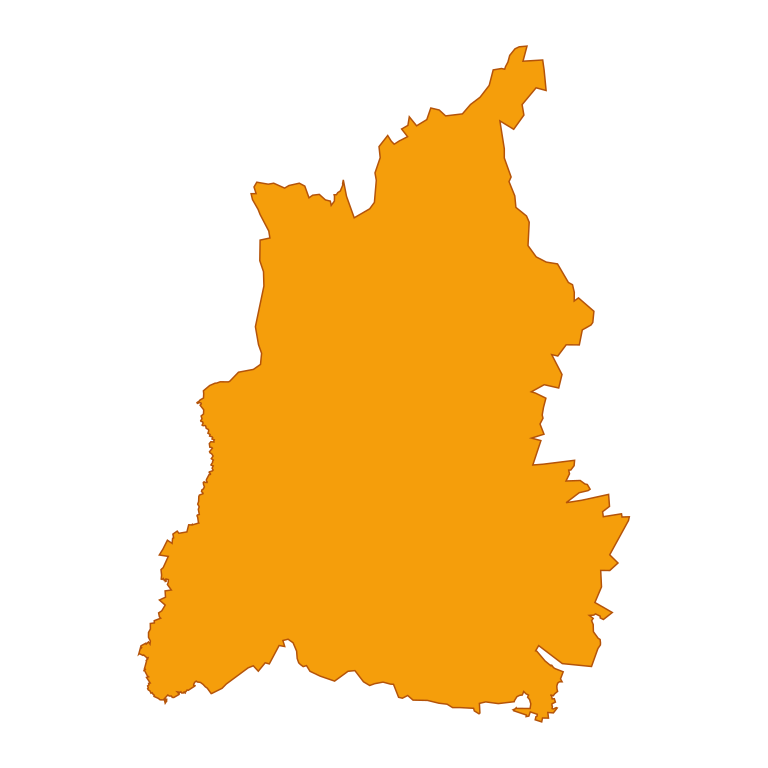 outline of Cape Winelands, Western Cape, South Africa
{"feature_id": "47623444B8262601395586", "entity_name": "Cape Winelands", "entity_type": "district", "adm_level": 2, "iso_a3": "ZAF", "parent_name": "South Africa", "parent_adm1": "Western Cape", "projection": "equal_earth", "projection_center": [19.211, -33.151], "detail": "fine", "context": "isolated", "style": "filled", "palette": "amber", "viewbox_px": 768, "rotation_deg": 0, "n_neighbors": 0, "source": "geoboundaries", "source_scale": "gbopen_adm2", "svg_char_len": 6116}
<svg xmlns="http://www.w3.org/2000/svg" viewBox="0 0 768 768"><path d="M593.9,311.3L578.5,297.9L574.2,301.0L574.3,292.3L572.5,284.7L568.4,282.5L557.5,263.9L546.3,262.1L536.2,256.9L528.0,245.6L529.2,222.2L526.5,216.0L515.9,207.4L514.8,195.9L509.0,181.6L511.1,177.0L504.3,158.0L504.3,148.8L499.9,120.9L513.7,129.3L523.9,115.1L522.1,104.6L536.1,87.8L546.1,90.5L544.1,70.0L542.7,60.0L523.0,61.2L527.0,46.1L519.2,46.8L515.0,48.8L509.7,55.4L507.9,62.1L505.5,66.6L504.7,69.2L501.5,68.5L493.2,69.9L489.2,85.4L480.1,97.2L470.5,104.5L462.4,113.9L445.6,115.9L439.2,110.0L430.8,108.0L426.8,119.6L416.6,125.8L409.3,116.8L407.9,125.4L401.6,129.0L407.6,136.7L399.5,140.8L394.2,144.2L391.2,141.1L387.7,135.5L379.0,146.6L380.2,157.7L375.0,172.9L376.3,180.3L374.4,202.4L369.7,208.8L354.2,217.8L346.5,196.3L343.3,179.9L342.6,183.8L342.8,185.0L340.3,191.0L337.8,192.6L336.4,194.7L334.1,194.8L334.5,196.4L334.4,201.1L331.2,205.4L330.3,201.1L325.4,199.9L319.3,194.4L312.7,195.2L309.0,197.8L304.8,186.1L299.3,183.2L289.0,185.5L284.6,188.1L273.7,183.2L268.3,184.2L256.8,182.2L254.0,187.0L256.1,193.6L251.1,193.7L252.5,199.6L258.1,209.4L260.1,214.5L268.8,231.1L269.9,238.0L260.1,240.1L259.8,260.7L263.5,271.7L263.9,286.1L255.4,326.7L258.5,344.6L261.6,353.3L260.5,364.4L253.4,369.4L238.5,372.2L229.7,381.3L228.4,381.9L220.2,381.8L216.6,383.1L215.0,383.2L209.7,385.5L203.4,390.8L203.7,393.7L203.5,398.0L200.0,400.0L199.3,401.0L197.0,402.6L197.4,403.4L199.8,402.6L201.0,403.0L201.3,403.9L200.1,405.2L203.7,409.8L203.5,414.0L201.1,416.0L202.0,418.8L200.7,420.7L201.0,421.4L202.5,421.7L203.1,423.1L202.1,425.1L203.1,425.7L205.0,425.5L205.7,426.0L206.2,428.3L208.4,429.5L208.7,430.9L207.9,433.2L210.1,434.5L209.6,436.1L212.0,436.8L212.6,437.5L212.0,439.0L214.3,439.8L213.8,441.0L213.9,442.0L210.9,441.7L209.3,443.6L209.8,447.2L211.7,447.5L212.4,448.2L209.5,451.7L210.1,452.9L211.6,453.7L213.1,456.0L211.3,458.7L213.4,460.1L212.6,461.3L212.6,462.4L211.0,464.8L211.1,465.2L213.2,465.9L212.1,468.2L213.1,470.0L212.5,470.8L209.3,471.9L209.2,472.7L210.4,473.6L210.4,474.4L209.0,474.7L206.4,479.6L206.4,480.7L207.2,481.9L207.1,482.5L204.9,482.4L204.1,481.8L203.3,482.5L203.5,484.3L204.4,486.9L203.3,489.0L201.9,489.9L201.5,491.5L203.0,493.1L203.0,493.7L199.4,495.1L198.8,496.5L198.6,501.6L197.7,504.1L199.2,506.8L198.3,509.3L199.3,514.5L197.4,515.0L197.0,515.8L197.7,517.4L198.4,522.4L198.8,523.0L192.3,524.9L192.2,524.4L191.6,524.9L188.7,524.8L186.9,531.9L178.9,533.3L177.2,531.1L172.9,534.1L173.6,537.9L172.6,538.3L172.1,543.4L167.4,540.2L163.0,549.0L159.3,555.0L168.3,556.4L163.2,567.6L161.0,569.6L161.6,575.1L161.2,579.1L162.2,579.4L163.3,578.5L164.2,580.3L165.1,579.8L165.3,581.5L166.1,581.3L166.1,579.0L168.4,579.6L168.2,582.5L167.4,584.5L171.3,590.0L165.1,590.9L165.5,597.2L159.4,600.0L165.2,605.1L161.7,610.9L158.6,612.9L159.4,616.8L160.7,618.2L154.2,620.7L154.4,622.9L150.3,623.5L150.4,629.0L148.5,632.5L148.5,637.3L150.4,641.0L150.0,644.1L148.5,641.9L146.2,644.1L145.8,643.2L141.0,645.8L140.9,647.1L141.6,647.6L141.0,648.3L140.5,647.6L138.7,654.3L139.4,653.7L143.0,655.4L143.7,655.0L146.9,657.8L148.1,657.6L147.6,659.1L147.0,658.9L147.0,659.7L146.2,660.5L146.5,661.1L144.6,668.2L145.3,668.2L144.7,668.4L145.3,669.3L144.2,669.8L144.0,670.5L144.5,670.4L147.2,675.6L148.5,676.8L146.5,677.4L150.2,683.0L148.6,683.4L149.0,684.8L147.6,685.9L148.3,687.9L147.6,688.6L147.8,689.0L148.2,689.8L149.9,690.9L151.0,693.2L152.1,692.7L153.3,694.6L154.3,695.2L154.0,696.4L158.3,698.4L160.1,699.8L164.4,699.9L165.2,703.2L166.4,701.4L166.2,700.7L166.6,700.9L166.7,699.2L164.1,699.0L167.8,695.0L169.2,696.0L171.5,696.1L172.2,697.4L173.8,697.5L179.0,694.5L178.6,693.8L179.2,693.4L179.0,692.9L178.3,692.9L177.3,691.9L180.2,692.3L180.9,691.8L181.7,693.0L183.3,693.0L183.6,692.3L185.1,693.0L185.1,691.7L185.9,691.7L187.1,690.0L188.3,690.3L194.9,686.0L195.0,685.6L193.7,685.3L193.7,684.2L194.7,682.3L196.2,681.1L197.3,682.0L200.4,682.4L203.1,684.4L205.3,686.8L207.2,688.1L211.2,693.6L211.9,693.4L222.1,688.3L226.3,684.0L248.2,667.8L253.3,665.8L258.3,671.2L265.2,662.8L269.3,663.9L279.1,645.5L284.7,646.5L282.9,640.5L288.1,639.2L293.1,642.8L296.6,651.1L297.2,658.5L298.7,662.8L300.4,664.5L303.2,666.6L306.5,665.6L310.0,671.3L320.1,676.1L334.6,681.1L348.0,671.3L354.9,670.6L363.5,681.8L369.7,685.5L374.6,683.7L383.0,682.1L390.4,684.1L393.5,684.3L398.6,697.3L402.4,698.2L407.7,695.5L413.0,700.1L427.5,700.4L438.8,703.2L447.1,704.2L452.6,707.6L460.3,707.6L473.6,708.3L474.3,710.9L479.0,713.8L479.9,713.0L479.4,703.4L485.7,701.9L498.3,703.6L514.2,701.7L514.5,700.6L516.9,696.7L519.5,695.4L522.3,695.0L523.7,691.5L525.9,693.7L528.5,695.1L527.6,697.2L529.6,699.6L530.8,703.9L530.1,708.5L516.4,708.4L516.2,707.8L515.1,708.9L513.1,709.8L514.1,710.4L513.9,710.8L526.3,715.0L526.1,716.6L528.8,716.1L530.3,711.9L537.3,714.3L537.1,716.1L535.9,716.7L535.2,719.8L541.7,721.9L542.5,718.0L548.5,718.1L547.8,712.5L553.4,712.9L557.2,708.0L556.3,707.6L553.2,709.0L552.1,708.6L552.4,706.2L551.9,705.5L552.0,703.8L555.4,702.1L554.3,698.7L552.2,698.9L551.5,695.6L550.3,694.9L553.3,695.7L554.7,693.8L557.6,691.4L557.0,689.1L556.8,686.0L557.7,683.1L559.4,681.8L562.1,681.8L560.5,678.9L563.2,671.8L555.0,668.6L553.5,667.6L551.8,665.3L550.7,665.1L551.5,666.3L545.0,660.9L536.8,651.2L535.6,650.8L538.7,645.6L562.3,663.6L591.5,666.5L597.9,648.6L600.4,644.9L600.5,642.8L600.1,639.5L598.1,638.2L593.4,631.7L593.2,624.5L591.6,620.7L593.2,618.4L589.3,615.4L593.8,615.1L595.5,613.9L600.2,616.2L600.2,617.9L603.4,619.5L612.3,612.5L594.9,602.5L601.5,586.9L600.7,570.4L609.8,570.5L618.0,563.0L609.7,554.8L628.5,520.5L629.3,516.8L622.0,517.0L621.5,513.8L603.3,516.7L602.6,511.7L609.5,506.4L608.6,494.4L581.5,500.3L566.1,502.7L579.2,492.7L588.1,490.6L590.1,489.2L587.3,484.5L585.0,484.0L580.2,480.5L566.0,481.0L569.5,473.8L568.7,470.1L570.8,470.0L574.1,465.7L574.6,460.3L543.2,464.2L532.8,465.0L540.9,440.6L531.5,438.1L544.0,434.2L540.0,424.0L543.0,418.2L542.2,415.0L543.5,407.4L545.9,398.2L535.5,393.1L531.3,391.8L544.2,384.7L558.7,388.0L562.0,374.5L551.7,354.6L557.8,356.0L566.2,344.8L579.3,344.9L582.3,329.9L591.0,325.0L592.8,322.4L593.9,311.3Z" fill="#f59e0b" stroke="#b45309" stroke-width="1.5"/></svg>